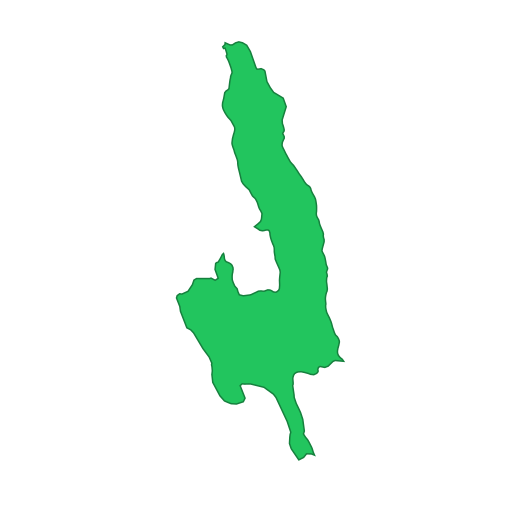 Mazatenango, Suchitepéquez, Guatemala, rotated 153°
{"feature_id": "79465075B41985315945162", "entity_name": "Mazatenango", "entity_type": "district", "adm_level": 2, "iso_a3": "GTM", "parent_name": "Guatemala", "parent_adm1": "Suchitepéquez", "projection": "orthographic", "projection_center": [-91.525, 14.505], "detail": "fine", "context": "isolated", "style": "filled", "palette": "green", "viewbox_px": 512, "rotation_deg": 153, "n_neighbors": 0, "source": "geoboundaries", "source_scale": "gbopen_adm2", "svg_char_len": 5137}
<svg xmlns="http://www.w3.org/2000/svg" viewBox="0 0 512 512"><g transform="rotate(153 256 256)"><path d="M186.7,460.0L187.6,458.5L189.1,458.0L190.7,457.5L190.7,455.6L189.2,455.3L189.5,452.6L189.8,451.1L190.0,449.8L190.5,448.5L191.5,448.0L192.0,446.7L191.9,445.5L191.9,442.8L192.1,440.6L192.4,438.2L192.8,435.2L193.6,431.4L194.3,429.9L195.6,428.9L197.0,427.6L197.9,426.2L199.0,424.9L200.7,422.5L204.1,417.4L205.7,416.8L207.8,416.6L209.7,415.7L213.1,411.2L215.0,409.0L216.1,407.8L217.3,405.9L217.8,404.9L218.1,403.8L218.4,402.7L218.6,401.1L218.6,399.1L218.6,397.8L218.4,395.3L218.2,393.7L217.9,392.0L217.5,390.7L216.8,388.1L216.6,380.6L217.3,378.6L218.3,377.2L219.4,375.9L220.9,374.4L223.7,371.2L224.9,369.4L225.9,367.9L226.4,366.9L226.7,365.8L227.1,363.7L227.4,361.1L227.6,359.9L228.0,358.2L228.2,356.8L228.3,355.4L228.6,353.0L228.8,351.3L229.0,350.0L229.6,348.0L230.3,346.6L231.1,344.5L231.9,341.7L232.6,338.6L233.3,335.7L234.9,329.2L234.8,327.5L234.7,326.2L234.4,325.0L233.7,322.5L232.0,318.1L232.0,316.3L232.0,314.4L231.9,311.2L231.5,309.9L230.7,307.9L230.5,306.7L230.5,305.3L230.5,303.4L230.7,301.9L231.3,298.6L231.5,296.5L231.3,293.9L231.4,291.0L232.1,290.0L233.4,287.9L234.5,286.3L236.3,284.7L239.8,283.7L244.1,282.8L242.0,279.3L240.9,277.2L238.9,275.6L237.3,275.0L235.7,274.7L234.4,274.2L233.4,273.6L232.8,272.6L233.1,270.3L233.9,268.5L234.7,265.5L235.1,263.3L235.6,258.9L235.6,257.5L236.0,255.2L236.7,253.6L237.8,251.4L238.2,250.3L238.9,248.1L239.2,247.0L240.3,244.5L240.6,241.0L240.9,235.2L241.1,232.6L241.8,230.5L244.6,226.2L246.0,223.9L248.1,219.4L249.9,216.4L251.3,215.2L253.0,214.8L254.3,214.6L255.5,215.1L256.9,216.2L257.6,217.5L258.3,218.5L259.1,219.4L260.9,220.5L262.8,220.7L264.6,220.9L265.8,221.5L267.4,222.6L269.9,223.6L272.3,223.6L274.7,223.7L277.9,223.8L279.3,224.1L285.4,226.3L288.5,229.0L288.3,232.6L287.9,234.3L287.7,235.5L288.2,237.3L288.6,238.8L288.4,242.7L288.2,244.1L288.0,245.4L287.3,247.1L286.3,249.1L285.2,250.8L284.0,252.2L283.2,253.5L282.5,254.4L281.8,256.1L281.6,258.7L282.1,260.4L283.3,262.3L284.3,263.5L285.1,264.3L285.6,266.1L285.3,268.1L284.6,269.8L284.0,271.7L283.8,273.0L285.3,272.6L286.9,271.4L289.0,269.9L292.5,267.7L294.1,268.0L295.3,267.7L298.6,262.6L299.8,253.3L303.4,252.9L306.1,256.7L307.7,257.0L319.2,262.9L322.2,262.7L325.7,259.3L332.6,255.4L339.3,255.7L341.2,257.0L344.2,256.5L345.9,254.7L346.8,245.6L348.4,241.0L350.2,223.4L347.7,219.9L346.5,215.8L345.3,197.5L343.6,187.3L344.0,180.5L345.0,179.3L345.5,177.3L347.1,173.4L349.1,170.4L351.9,163.0L351.6,147.7L349.9,141.2L347.6,138.4L345.2,135.7L340.6,133.0L333.5,131.9L330.3,134.3L329.0,147.7L326.3,148.4L324.7,147.3L319.0,144.5L308.5,135.4L303.2,125.0L302.4,120.8L303.3,94.5L305.0,83.2L306.6,81.5L308.2,79.1L311.3,73.7L312.1,68.3L310.4,54.9L305.0,54.9L300.8,56.8L296.5,54.5L294.3,52.0L294.1,55.1L293.5,58.4L293.3,60.3L293.3,61.9L293.3,63.7L293.3,65.8L293.4,68.0L293.5,69.1L293.9,70.8L294.2,72.3L294.4,74.2L294.5,75.9L292.4,78.1L288.5,89.2L287.4,96.2L287.2,101.1L287.1,106.4L286.2,112.6L285.2,114.9L282.1,124.0L281.2,124.8L280.5,126.1L279.6,128.3L278.9,130.0L278.0,131.3L276.5,132.8L275.0,133.7L272.7,133.9L271.1,133.6L268.3,132.4L265.8,130.4L262.7,127.6L261.1,125.8L258.4,124.0L255.4,123.9L254.0,124.3L252.9,125.2L252.4,127.0L250.9,128.4L249.1,128.5L245.3,125.5L241.7,125.1L235.4,127.1L233.0,127.0L225.7,122.4L226.0,124.8L227.0,127.0L227.4,128.3L227.7,130.1L227.6,131.7L227.2,133.0L226.7,134.1L225.9,135.3L225.0,136.5L222.8,138.9L220.9,141.3L220.4,142.3L220.1,144.3L220.1,145.5L220.2,147.1L221.0,149.5L221.0,151.2L220.9,152.5L220.7,153.9L220.4,155.7L220.3,157.0L219.9,158.9L219.4,161.1L219.0,163.5L218.7,167.5L218.7,169.9L218.7,171.6L218.6,173.8L217.9,176.6L217.3,178.5L216.3,180.5L215.6,181.4L215.0,182.9L214.6,184.0L213.7,186.2L212.9,187.6L211.7,189.3L210.7,190.5L209.6,191.7L208.7,192.4L207.4,194.2L206.4,196.8L205.9,198.1L204.9,201.0L204.1,202.5L202.9,204.5L201.6,205.7L201.0,207.5L200.6,209.6L199.3,210.9L198.0,212.1L197.6,213.2L197.5,215.1L197.3,216.7L196.7,218.5L196.0,220.8L195.6,222.2L195.2,223.8L195.0,225.2L195.0,229.3L194.9,230.7L193.5,232.6L188.9,237.7L187.9,239.6L187.5,241.7L186.9,243.5L186.0,244.9L185.5,247.0L185.2,251.7L185.0,254.2L184.7,256.2L184.2,257.7L183.8,259.5L183.9,261.9L183.9,263.4L183.7,264.8L182.9,266.7L181.8,268.3L181.1,269.6L180.1,271.5L179.2,273.4L178.6,275.1L177.8,277.5L177.2,279.6L177.0,282.2L177.2,285.8L177.2,287.7L177.0,289.7L176.6,291.5L176.7,293.1L177.1,294.2L178.2,296.1L178.7,297.5L179.2,300.2L179.3,302.5L179.5,304.4L179.6,305.7L179.8,307.0L180.1,308.8L180.3,310.0L180.5,312.6L181.4,319.7L182.0,321.6L182.7,324.3L182.9,329.6L182.9,331.8L183.0,333.8L182.9,337.3L182.9,338.9L182.9,340.1L182.8,341.7L182.5,342.9L181.7,344.2L180.9,345.3L178.9,347.0L177.4,348.1L176.7,349.5L176.6,351.0L176.6,352.9L175.7,353.8L174.6,354.3L173.7,355.4L173.3,356.8L173.0,358.0L172.6,360.1L172.4,361.9L170.9,365.4L161.3,375.3L160.1,384.3L164.4,391.2L166.0,393.7L166.9,399.6L167.1,406.4L164.1,416.7L164.5,418.3L166.4,420.6L168.8,421.3L170.3,422.0L170.5,423.8L168.2,440.7L168.6,448.0L171.2,452.1L174.1,454.6L177.5,455.2L181.2,454.8L183.4,455.9L186.7,460.0Z" fill="#22c55e" stroke="#15803d" stroke-width="1.5"/></g></svg>